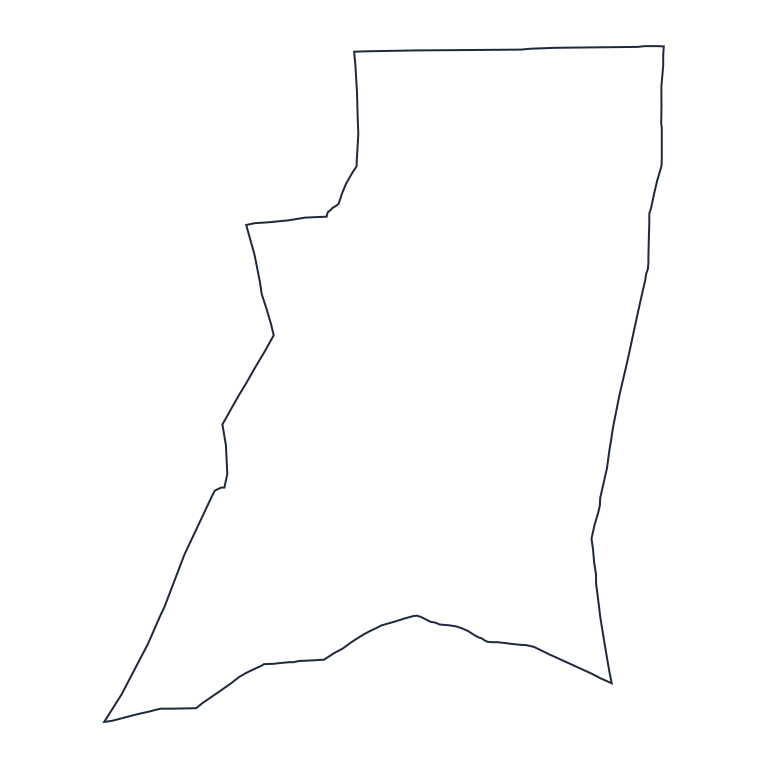 the district of Al-Chibayish, Dhi-Qar, Iraq
{"feature_id": "34846034B42892596396596", "entity_name": "Al-Chibayish", "entity_type": "district", "adm_level": 2, "iso_a3": "IRQ", "parent_name": "Iraq", "parent_adm1": "Dhi-Qar", "projection": "equal_earth", "projection_center": [46.896, 30.862], "detail": "fine", "context": "isolated", "style": "outline", "palette": "slate", "viewbox_px": 768, "rotation_deg": 0, "n_neighbors": 0, "source": "geoboundaries", "source_scale": "gbopen_adm2", "svg_char_len": 2410}
<svg xmlns="http://www.w3.org/2000/svg" viewBox="0 0 768 768"><path d="M104.2,721.9L107.6,721.5L113.0,720.6L130.0,716.1L139.0,713.8L149.1,711.6L155.8,709.8L160.9,708.7L170.5,708.7L186.0,708.4L196.2,708.2L202.8,702.8L213.4,695.6L222.4,689.4L231.3,683.1L239.1,677.0L246.0,673.0L252.2,670.0L256.9,667.8L262.3,665.3L263.7,664.2L267.5,664.0L273.9,663.8L279.3,663.1L289.1,662.2L293.3,662.2L298.5,661.1L302.7,660.8L312.7,660.4L319.6,659.9L324.0,659.7L334.6,652.8L342.8,648.5L346.7,645.6L352.4,641.5L363.0,634.8L366.9,632.7L369.6,631.2L375.8,628.3L381.1,625.6L386.3,624.0L394.7,621.6L404.1,618.6L413.6,616.0L416.8,615.7L420.6,616.8L424.9,618.9L430.4,621.8L435.0,622.5L439.7,624.5L449.8,625.4L455.8,626.3L461.4,628.1L468.0,631.0L474.2,635.0L478.8,637.5L481.8,638.4L484.3,640.2L487.5,641.8L491.6,642.2L497.4,642.2L505.6,643.1L509.2,643.6L521.0,644.9L526.1,645.1L534.0,646.9L550.2,654.8L569.4,663.5L592.1,673.9L601.1,678.6L609.7,682.4L611.7,683.3L609.6,672.8L608.1,664.4L603.9,639.6L600.3,617.3L599.1,607.3L597.6,595.3L596.1,583.8L596.0,574.2L594.2,563.0L593.0,549.1L591.5,538.7L592.4,534.7L594.5,525.1L598.4,512.0L599.9,505.2L600.2,498.0L607.0,468.1L609.4,450.2L611.5,437.8L611.8,435.0L613.3,425.9L619.6,394.4L623.0,379.8L625.5,369.3L628.5,356.1L636.8,317.5L642.2,293.2L645.2,280.4L646.1,274.0L647.9,268.9L648.4,262.9L648.4,256.9L649.0,232.2L649.3,223.5L649.3,216.7L649.3,213.5L651.1,207.9L652.3,202.2L654.4,192.4L657.3,180.1L661.5,166.1L661.8,157.8L661.8,149.8L661.8,140.3L661.8,133.1L661.8,128.3L661.2,123.1L661.5,105.6L661.4,96.9L661.4,93.7L661.4,90.5L661.4,86.1L663.2,65.8L663.2,54.7L663.8,46.4L656.6,46.1L648.8,46.1L644.9,46.1L637.7,46.9L555.6,47.8L530.8,48.7L521.0,49.6L459.5,50.1L417.3,50.4L366.4,51.3L354.2,51.7L354.4,54.9L355.4,65.2L357.0,92.4L357.6,115.0L358.3,133.7L357.6,147.0L357.0,156.3L356.7,162.3L356.7,165.7L355.4,168.3L353.5,170.8L351.5,174.2L346.1,183.6L341.9,193.8L340.3,198.9L338.4,204.1L335.5,206.2L332.6,207.9L330.1,210.5L328.2,211.7L327.2,213.9L326.6,216.7L326.0,216.7L305.2,217.6L287.9,220.4L268.4,222.3L254.5,223.2L246.2,225.0L254.5,254.6L260.0,282.4L261.7,294.0L266.4,308.4L271.1,324.4L273.7,335.3L265.2,350.6L255.2,367.4L246.1,383.4L238.5,395.9L229.8,411.3L226.2,417.8L222.4,424.4L225.9,445.1L227.3,473.9L224.4,487.6L221.0,487.6L214.8,490.6L211.3,497.5L199.9,521.8L184.5,554.4L164.5,606.8L160.5,615.2L147.9,644.0L121.7,694.2L104.2,721.9Z" fill="none" stroke="#1e293b" stroke-width="2"/></svg>